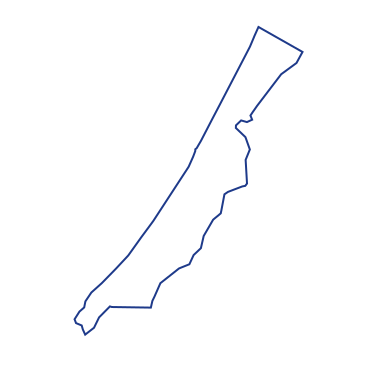 outline of Ibeno, Akwa Ibom, Nigeria, rotated 125°
{"feature_id": "59680162B15406999540209", "entity_name": "Ibeno", "entity_type": "district", "adm_level": 2, "iso_a3": "NGA", "parent_name": "Nigeria", "parent_adm1": "Akwa Ibom", "projection": "equal_earth", "projection_center": [8.062, 4.561], "detail": "fine", "context": "isolated", "style": "outline", "palette": "blue", "viewbox_px": 384, "rotation_deg": 125, "n_neighbors": 0, "source": "geoboundaries", "source_scale": "gbopen_adm2", "svg_char_len": 993}
<svg xmlns="http://www.w3.org/2000/svg" viewBox="0 0 384 384"><g transform="rotate(125 192 192)"><path d="M18.7,232.2L29.1,230.2L29.4,230.1L39.6,227.9L48.6,226.7L105.5,219.2L120.3,217.3L145.0,214.0L153.5,213.3L155.1,213.8L156.6,212.8L162.5,211.3L172.8,209.3L173.7,209.2L237.9,207.1L242.6,207.2L258.3,207.6L280.5,207.8L298.3,210.3L318.3,213.6L332.1,216.8L342.7,216.6L348.4,214.1L354.5,215.6L363.6,215.2L365.9,211.8L364.6,205.8L367.2,202.6L370.1,197.7L365.2,196.2L359.4,194.4L348.0,196.2L332.8,193.6L332.2,191.7L310.3,159.4L303.9,162.0L299.4,162.7L284.8,165.6L262.1,158.8L260.2,157.6L252.7,152.7L242.7,154.5L232.9,152.5L221.3,157.2L202.5,158.8L193.0,156.2L192.1,156.6L190.4,157.3L175.3,164.1L171.3,162.6L166.4,159.3L158.6,154.0L156.4,151.9L153.5,151.8L134.9,166.5L127.5,168.2L124.0,169.0L116.4,179.7L114.4,192.8L112.2,194.2L105.2,192.8L103.2,187.1L98.3,184.2L95.8,188.0L91.5,188.1L84.0,188.1L44.4,186.5L26.4,180.4L13.9,181.8L18.7,232.2Z" fill="none" stroke="#1e3a8a" stroke-width="2"/></g></svg>